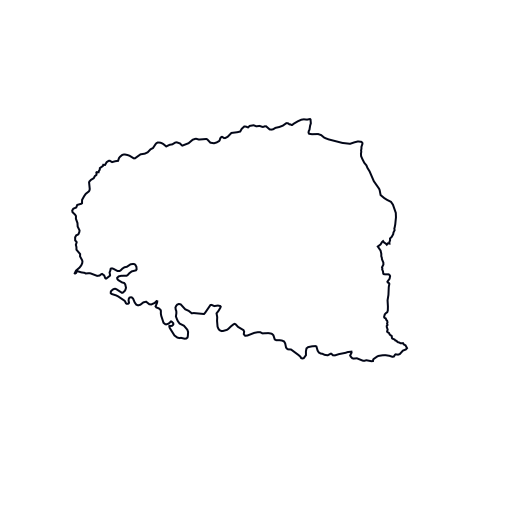 the district of Tha Li, Loei, Thailand, rotated 232°
{"feature_id": "78962969B23200832152912", "entity_name": "Tha Li", "entity_type": "district", "adm_level": 2, "iso_a3": "THA", "parent_name": "Thailand", "parent_adm1": "Loei", "projection": "mercator", "projection_center": [101.431, 17.624], "detail": "fine", "context": "isolated", "style": "outline", "palette": "ink", "viewbox_px": 512, "rotation_deg": 232, "n_neighbors": 0, "source": "geoboundaries", "source_scale": "gbopen_adm2", "svg_char_len": 6149}
<svg xmlns="http://www.w3.org/2000/svg" viewBox="0 0 512 512"><g transform="rotate(232 256 256)"><path d="M354.0,102.5L353.6,102.6L353.4,103.7L354.0,105.2L353.9,106.0L350.6,108.3L348.2,110.6L347.1,111.0L345.2,113.9L344.2,114.9L338.1,118.6L336.9,120.7L336.9,123.0L336.6,123.7L334.1,124.4L331.5,123.6L330.8,123.7L330.4,124.2L330.4,128.7L330.7,129.2L333.2,130.5L334.3,132.4L335.3,133.4L335.4,134.1L334.8,135.0L333.6,135.8L329.5,137.6L328.2,139.2L328.0,140.4L328.3,142.9L328.1,145.4L327.0,147.6L326.7,152.0L325.4,154.3L324.5,155.1L323.5,155.5L321.1,155.1L319.0,153.7L318.6,152.6L320.4,148.5L320.4,145.4L320.0,143.3L320.1,141.9L323.4,137.6L324.5,135.2L324.3,133.2L323.4,132.6L321.8,132.6L317.6,134.2L315.9,135.5L314.2,135.5L311.0,134.0L309.8,132.3L309.3,131.1L309.1,128.5L309.5,127.7L315.6,125.6L316.7,125.0L317.3,124.2L317.7,122.8L317.6,120.4L317.1,119.4L316.0,118.6L314.9,118.9L311.1,121.5L309.0,122.5L301.9,124.8L301.0,124.9L298.8,124.4L297.8,124.8L297.1,125.9L297.1,126.7L297.4,127.2L299.4,128.2L300.6,129.4L301.1,130.7L300.5,132.0L299.9,132.6L298.1,132.9L294.0,131.8L291.3,131.7L289.7,132.7L288.8,134.9L288.8,138.7L287.6,141.3L283.7,142.2L282.3,143.6L281.4,147.2L281.7,149.9L281.1,150.3L280.1,149.3L278.1,145.8L276.8,145.8L274.5,147.2L272.3,147.6L271.4,147.3L269.1,145.5L267.2,144.5L260.3,142.0L258.1,142.5L257.4,143.1L256.5,145.6L256.8,148.8L255.9,149.2L254.0,149.4L253.1,148.9L252.8,148.3L252.7,146.7L254.2,144.7L253.7,144.2L252.3,143.7L243.6,142.8L240.1,143.8L238.4,145.2L237.7,146.5L234.8,148.8L233.9,150.2L233.9,151.8L235.0,153.1L237.9,155.7L240.2,156.5L245.4,156.3L249.8,154.2L252.8,154.3L254.9,154.8L257.7,155.7L260.0,158.1L261.7,159.3L263.3,159.8L265.0,160.8L265.8,162.3L266.2,163.9L265.7,165.7L264.2,166.9L257.6,167.4L254.2,169.2L250.4,170.1L249.4,171.8L242.3,179.3L242.6,181.0L245.4,189.9L244.8,190.9L242.2,192.3L240.4,195.5L238.6,197.0L237.8,197.0L237.2,196.1L235.9,192.8L235.1,189.6L231.7,187.8L228.9,185.4L224.0,182.2L221.9,181.6L220.0,181.6L218.1,182.6L217.2,183.9L215.7,187.6L215.6,189.2L216.0,193.2L216.0,196.3L215.7,197.4L214.7,197.9L211.2,198.2L205.3,200.5L203.7,200.1L202.0,198.3L200.2,198.2L199.7,198.5L198.6,200.3L196.5,207.3L194.8,210.6L193.4,212.4L191.1,213.4L187.6,218.3L185.5,220.2L184.5,220.7L182.8,220.9L178.7,219.4L177.2,220.1L175.1,222.8L173.4,224.4L171.4,225.5L169.2,225.2L165.3,223.3L163.6,223.4L162.7,223.8L160.8,226.0L159.8,226.3L151.9,228.5L149.3,229.0L148.0,228.7L146.8,229.3L146.1,230.7L147.1,234.3L150.2,236.7L152.1,238.9L152.1,241.0L150.3,244.6L148.4,247.4L147.5,247.9L143.5,246.3L141.2,246.1L139.2,247.0L138.1,248.1L135.9,249.2L133.6,251.4L133.0,254.8L132.6,255.2L130.4,255.5L129.1,257.0L127.6,261.0L124.5,267.1L123.9,269.0L121.9,272.3L121.0,271.8L119.7,269.0L118.4,268.7L116.2,268.9L115.1,269.7L113.3,272.5L107.8,275.7L106.8,276.7L105.9,278.8L102.0,282.2L101.2,283.5L102.3,284.7L102.4,285.4L102.2,289.5L101.9,290.9L99.8,294.7L98.1,297.0L95.2,299.7L92.6,301.4L91.9,302.7L92.6,304.8L92.6,305.4L90.8,307.2L90.2,308.9L91.0,313.5L90.1,316.5L90.4,318.3L93.6,318.8L95.4,318.0L96.8,318.2L98.1,316.3L99.8,315.5L100.6,314.8L101.6,314.5L102.7,314.5L103.5,313.8L104.8,313.8L107.0,312.6L107.6,312.6L109.4,313.7L111.7,313.0L113.4,313.4L115.2,312.7L115.9,312.9L116.9,314.4L119.7,315.4L120.5,316.1L120.7,317.2L122.1,317.7L122.8,318.8L124.3,319.5L125.3,319.3L126.9,319.8L128.1,319.2L129.1,319.4L130.7,321.5L131.0,323.1L130.9,324.8L131.9,326.3L134.9,328.8L140.1,332.4L143.8,336.4L149.9,341.6L151.9,343.9L152.7,344.1L154.1,343.5L154.9,343.8L155.8,347.2L157.6,349.3L158.5,349.5L159.8,349.3L162.0,346.5L163.1,345.5L163.7,345.4L165.7,346.6L167.8,347.2L168.5,348.0L169.5,348.3L170.8,351.1L172.4,352.3L176.0,353.3L177.0,354.0L178.7,354.6L180.6,356.1L183.6,357.5L188.5,357.8L188.4,361.2L189.4,363.9L189.5,365.3L187.9,365.2L185.9,365.9L184.4,366.0L184.8,367.7L183.6,368.8L184.8,369.6L185.8,371.3L187.3,372.4L187.5,374.6L188.7,377.5L189.9,378.8L191.0,381.1L192.6,382.0L193.0,382.7L195.2,385.2L200.3,390.1L203.9,392.7L212.1,395.5L215.6,395.7L219.6,393.8L222.7,392.7L227.3,391.7L231.8,394.0L233.2,394.4L242.4,394.9L252.7,397.6L257.0,398.1L259.4,398.8L262.8,398.7L266.9,399.5L270.0,400.3L272.0,401.7L273.3,403.1L274.5,403.8L275.6,405.1L277.1,406.3L278.9,409.0L279.8,409.5L281.1,409.3L283.5,406.9L285.0,403.5L286.5,399.2L291.9,393.7L303.2,385.0L306.0,383.3L307.4,382.6L311.1,381.8L313.9,380.0L317.5,375.1L319.6,373.1L320.8,373.3L321.9,374.4L322.6,375.9L325.4,378.9L326.8,380.9L330.0,383.0L330.7,382.9L332.0,380.2L334.3,377.8L335.5,375.6L336.4,371.9L337.0,367.4L337.0,365.1L337.4,364.6L338.5,364.2L339.1,363.4L340.9,362.9L342.0,361.7L342.2,357.4L343.3,353.8L345.0,350.2L345.3,347.6L346.0,346.1L347.3,344.7L352.0,343.8L352.9,342.6L353.1,341.6L353.7,340.6L356.3,338.9L358.0,336.1L360.5,334.6L362.4,331.1L362.2,328.9L364.2,327.7L365.3,326.5L365.0,323.0L363.8,320.2L365.1,317.4L368.1,312.4L367.4,307.1L367.9,304.3L368.6,303.4L370.7,302.7L371.1,302.1L370.8,300.4L369.5,298.5L369.3,297.7L369.7,294.9L370.7,292.3L373.4,289.8L377.8,289.4L378.8,288.9L382.9,282.7L385.1,281.1L385.7,280.3L386.6,277.7L386.4,272.3L388.3,266.0L388.8,265.7L391.5,265.4L394.4,263.5L395.1,262.2L395.5,258.8L396.8,256.4L397.6,252.7L401.3,251.9L403.1,251.1L404.4,250.2L405.9,248.5L406.2,247.0L406.0,245.8L404.5,241.3L405.0,238.6L404.4,234.5L405.1,231.4L407.2,227.6L407.5,220.7L408.2,219.8L412.8,218.1L414.7,216.9L416.8,215.1L417.6,213.9L418.0,212.6L417.9,209.8L417.5,208.3L415.9,205.9L417.3,203.5L418.6,200.4L421.1,199.4L421.7,198.5L421.9,196.1L420.7,193.1L421.9,191.8L421.2,190.8L421.4,187.1L420.2,186.0L419.7,184.5L418.9,183.5L420.2,182.0L420.0,181.5L418.9,181.0L418.1,180.0L418.2,178.2L417.2,176.0L417.6,172.9L417.3,170.6L416.8,169.8L411.1,166.2L410.2,165.1L409.8,164.1L409.8,160.1L409.0,157.5L407.3,153.5L404.7,151.4L404.7,150.6L406.3,146.6L404.9,144.2L405.7,141.4L405.6,140.6L404.9,139.1L403.5,138.4L399.9,138.9L398.3,138.7L396.2,137.0L391.9,135.6L389.0,133.6L384.8,132.7L383.7,131.6L382.6,129.7L382.5,128.6L383.0,127.2L382.1,125.0L379.6,123.1L377.7,123.3L377.2,123.1L375.7,120.9L373.6,120.0L371.5,118.4L365.8,118.6L364.0,117.1L359.8,116.4L358.6,115.9L357.3,114.6L356.2,112.5L355.5,109.8L355.3,105.2L354.0,102.5Z" fill="none" stroke="#020617" stroke-width="2"/></g></svg>